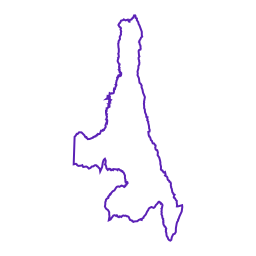 Leoncio Prado, Huánuco, Peru
{"feature_id": "86281439B17589046188801", "entity_name": "Leoncio Prado", "entity_type": "district", "adm_level": 2, "iso_a3": "PER", "parent_name": "Peru", "parent_adm1": "Huánuco", "projection": "equal_earth", "projection_center": [-76.069, -8.961], "detail": "fine", "context": "isolated", "style": "outline", "palette": "violet", "viewbox_px": 256, "rotation_deg": 0, "n_neighbors": 0, "source": "geoboundaries", "source_scale": "gbopen_adm2", "svg_char_len": 5929}
<svg xmlns="http://www.w3.org/2000/svg" viewBox="0 0 256 256"><path d="M118.4,25.0L119.6,27.0L120.4,27.3L121.0,28.2L120.5,29.2L121.2,31.6L120.8,32.6L121.0,34.5L119.7,36.9L120.0,39.0L118.6,41.2L118.6,42.9L118.2,43.4L118.5,47.6L118.8,48.9L118.8,51.7L118.6,53.1L118.2,53.8L118.6,54.6L118.8,56.7L118.4,57.9L118.1,58.0L118.3,58.5L117.7,60.3L117.7,61.4L119.1,64.1L119.6,64.3L119.0,66.7L119.1,67.5L119.5,67.7L119.2,68.6L119.6,69.3L119.4,70.2L119.1,70.2L119.6,71.0L119.5,71.9L119.9,72.5L120.3,72.1L120.6,72.8L120.8,72.6L121.2,73.0L121.2,74.4L121.0,75.3L120.4,75.2L120.5,75.8L120.2,76.0L119.7,75.1L119.5,75.3L119.1,75.2L118.8,75.8L118.3,75.6L118.1,76.0L118.3,76.9L118.1,77.2L118.0,76.7L117.1,77.5L117.1,78.1L117.5,78.8L116.4,81.0L116.5,81.7L116.1,82.8L116.2,84.3L115.7,84.7L116.4,85.2L115.4,87.2L115.0,88.9L114.1,88.6L113.8,90.4L114.1,90.8L113.7,92.9L112.7,93.5L111.7,93.2L111.0,93.7L109.7,93.1L109.3,95.6L108.6,96.1L107.6,95.9L107.4,98.1L106.4,98.9L107.9,98.7L108.0,97.7L108.4,98.0L108.6,98.6L108.8,98.1L109.8,97.5L109.7,98.6L110.0,99.4L110.7,99.8L109.8,100.3L110.4,100.8L109.9,101.8L109.0,102.0L109.1,102.7L109.7,103.0L109.3,103.2L109.4,104.7L108.6,104.5L109.0,105.1L108.8,106.0L109.3,106.0L109.4,106.3L108.5,106.3L108.8,107.1L107.7,107.6L107.1,108.2L107.3,108.5L106.9,109.0L106.6,108.8L106.4,110.6L106.7,111.0L106.4,111.6L106.0,111.4L106.0,113.1L106.4,113.6L106.3,114.1L106.9,114.3L106.4,115.4L107.0,116.5L106.8,117.6L106.4,118.5L106.9,119.5L106.3,119.8L107.3,120.8L107.1,122.3L106.9,121.9L106.6,122.1L105.4,125.5L105.7,126.5L105.6,127.3L104.4,128.8L104.1,129.9L102.8,129.9L102.7,130.8L101.0,130.7L100.0,133.6L99.5,134.0L98.7,134.0L97.8,134.6L97.6,134.2L96.8,134.9L96.8,135.5L96.0,135.7L95.6,136.4L95.1,136.2L94.2,136.9L93.4,136.9L93.1,137.6L89.6,139.0L87.7,139.1L87.3,138.3L86.4,137.9L86.3,137.0L85.2,136.9L84.4,135.3L81.5,132.4L79.1,132.3L77.6,134.0L76.9,133.8L76.5,134.2L75.7,135.7L74.6,136.8L73.7,164.3L75.9,163.8L76.6,164.2L77.2,165.2L78.4,165.9L81.5,165.6L82.3,165.2L83.2,167.0L86.2,166.5L87.3,167.0L88.9,168.6L90.5,167.9L91.8,166.5L93.2,166.4L94.8,165.3L95.9,165.2L96.6,165.5L96.9,166.2L97.7,166.4L98.6,167.7L99.5,168.3L99.9,169.3L100.2,171.4L102.1,167.2L102.8,162.6L103.4,160.7L103.9,159.7L104.9,158.8L105.7,160.7L105.5,163.2L105.0,164.4L105.4,164.5L106.1,166.2L106.5,168.4L107.6,169.8L108.0,169.3L108.6,169.5L109.0,168.8L109.8,168.8L110.6,169.2L110.7,170.0L111.1,170.3L112.1,169.8L113.0,170.1L113.3,169.1L116.5,169.4L117.5,170.1L117.8,169.3L118.8,169.1L120.2,170.3L120.9,170.3L121.4,171.2L122.4,171.1L122.7,172.0L123.6,172.5L125.0,175.7L124.9,177.5L125.1,178.9L125.5,179.8L125.3,180.8L125.7,182.6L126.1,182.7L126.4,181.9L126.8,181.8L127.4,182.2L127.6,183.2L126.7,183.9L126.6,184.6L125.2,185.4L125.3,186.2L124.2,187.0L122.7,185.8L121.9,185.9L121.4,185.6L119.5,186.8L118.2,186.4L116.9,186.8L116.2,187.5L114.4,190.4L112.7,191.3L111.1,193.1L110.9,193.8L110.3,193.9L110.3,194.2L109.8,194.6L110.0,194.9L108.2,196.6L108.5,197.6L108.3,198.0L106.8,198.7L105.9,199.9L105.8,201.1L105.3,202.1L105.3,204.3L104.9,206.5L106.0,208.6L108.1,210.2L109.2,212.2L109.2,214.7L109.5,216.1L108.8,220.3L110.5,219.5L111.1,218.7L111.4,217.8L111.9,217.6L113.3,215.6L114.4,215.2L115.5,215.5L116.1,216.0L116.7,215.3L117.1,215.4L118.2,217.0L119.0,217.2L119.9,216.3L121.3,217.0L122.3,215.9L123.2,215.5L124.6,215.8L125.7,215.6L126.8,216.3L127.4,216.2L128.6,216.8L130.0,219.9L132.4,220.7L132.4,221.3L133.4,221.9L134.6,221.4L137.4,221.2L138.7,220.0L140.5,219.2L140.9,219.8L141.7,220.0L142.0,218.7L143.5,217.8L143.7,216.8L145.8,214.5L147.2,211.4L148.1,210.3L148.6,209.0L149.3,208.1L151.4,207.0L153.7,207.9L154.9,206.9L155.8,205.1L157.1,203.9L158.4,202.1L158.7,202.3L159.2,201.8L160.2,202.5L160.6,203.4L160.9,203.0L162.3,204.5L162.5,205.7L162.1,206.7L162.1,207.5L161.5,208.5L161.8,208.7L161.6,210.2L161.7,210.9L161.4,211.7L161.8,212.8L161.4,214.1L162.3,216.1L162.2,216.8L162.6,218.3L163.2,218.9L163.0,219.5L163.4,220.4L163.1,221.9L163.5,222.2L163.3,223.2L163.5,224.5L164.5,226.1L164.6,226.5L165.2,226.7L166.3,228.8L165.8,229.7L166.0,230.7L165.8,231.7L166.3,232.7L166.5,235.1L166.9,236.5L167.6,237.1L168.2,239.0L169.3,240.2L170.4,240.6L171.3,239.8L171.8,237.2L173.2,234.3L174.7,233.8L175.8,232.0L175.9,228.1L176.7,223.5L177.1,222.1L178.1,220.6L178.1,219.4L178.7,218.8L179.3,216.7L181.7,211.5L182.3,207.0L182.1,205.2L177.9,206.4L176.9,206.4L177.1,204.9L176.7,202.8L176.8,200.9L175.9,200.1L174.9,198.2L174.0,197.8L173.7,197.2L174.0,195.9L174.6,194.7L173.4,194.1L173.3,193.3L172.4,192.4L171.7,188.6L171.1,187.6L171.2,186.8L170.8,185.9L170.9,183.5L170.5,182.3L169.3,181.7L169.2,180.7L168.0,180.0L167.6,179.3L167.4,177.5L166.8,176.6L165.0,175.5L165.6,174.5L165.0,172.0L164.0,172.6L163.5,172.4L162.4,170.4L161.7,170.4L160.9,169.5L161.0,166.6L160.3,163.9L160.4,162.5L160.1,160.8L159.2,157.5L157.6,155.1L157.9,152.5L157.2,150.2L156.4,150.1L155.6,149.3L155.2,147.4L155.5,146.8L155.6,145.4L154.8,144.8L154.1,143.5L152.7,143.3L151.9,140.9L150.9,140.1L150.3,137.8L149.6,136.5L149.2,136.5L148.7,135.1L148.3,131.9L149.5,131.5L149.7,130.0L149.1,128.3L149.0,126.1L148.1,122.4L148.3,121.8L147.2,120.2L147.6,119.6L147.2,118.5L147.5,117.2L146.3,116.9L146.2,115.0L145.0,112.2L144.8,109.5L144.1,108.0L144.2,106.6L143.9,103.4L144.2,102.7L144.0,101.8L144.9,97.1L143.0,92.6L142.5,89.7L141.5,87.1L141.7,85.6L140.7,83.8L139.5,82.8L138.9,78.2L137.5,75.1L137.8,73.5L137.5,71.6L138.4,68.3L138.4,66.0L139.2,64.7L139.4,62.6L139.1,61.5L139.2,60.7L138.6,59.1L138.6,57.6L139.4,56.4L139.0,55.4L138.6,51.0L139.2,49.9L140.4,49.6L140.7,48.8L140.4,46.7L140.6,46.2L140.3,45.2L139.8,44.7L139.4,42.4L139.0,42.0L139.4,41.5L139.4,40.6L140.2,39.6L141.1,37.5L142.2,36.6L141.8,35.2L141.8,31.8L139.5,25.5L138.6,24.0L138.2,22.1L136.8,20.0L136.9,18.5L135.6,17.9L135.5,16.0L135.2,15.4L134.1,15.4L133.0,17.9L132.4,18.1L131.5,19.5L130.0,19.8L129.7,20.5L129.5,21.7L128.8,21.5L127.9,19.6L125.5,20.4L123.8,19.4L123.1,20.1L121.0,20.7L120.1,22.8L119.4,23.2L118.4,25.0Z" fill="none" stroke="#5b21b6" stroke-width="2"/></svg>